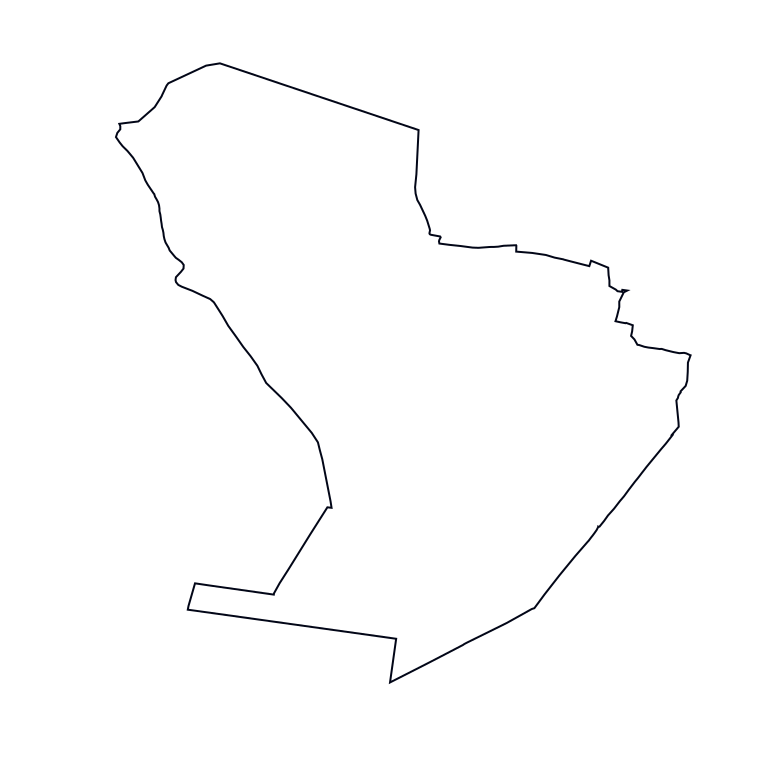 the district of San Pedro Comitancillo, Oaxaca, Mexico, rotated 98°
{"feature_id": "50627088B8871581884513", "entity_name": "San Pedro Comitancillo", "entity_type": "district", "adm_level": 2, "iso_a3": "MEX", "parent_name": "Mexico", "parent_adm1": "Oaxaca", "projection": "equal_earth", "projection_center": [-95.171, 16.462], "detail": "fine", "context": "isolated", "style": "outline", "palette": "ink", "viewbox_px": 768, "rotation_deg": 98, "n_neighbors": 0, "source": "geoboundaries", "source_scale": "gbopen_adm2", "svg_char_len": 2853}
<svg xmlns="http://www.w3.org/2000/svg" viewBox="0 0 768 768"><g transform="rotate(98 384 384)"><path d="M158.2,663.8L161.8,677.3L163.2,682.3L165.4,681.0L168.5,680.6L172.4,683.0L176.8,683.8L181.7,679.3L185.0,675.8L189.0,670.4L194.9,663.9L208.7,652.5L215.6,648.7L219.6,645.6L227.6,638.4L227.8,638.0L230.4,636.8L232.8,634.9L235.3,633.1L238.2,631.7L241.4,630.8L244.1,630.4L247.3,629.1L250.5,628.2L253.2,627.5L256.4,626.5L259.5,625.7L262.1,624.5L264.9,623.5L268.1,622.7L271.1,621.6L274.3,620.0L279.1,616.2L281.6,614.8L285.6,610.4L286.7,609.2L288.0,607.7L289.6,604.6L291.6,601.2L294.0,598.9L297.6,598.6L301.2,600.7L303.9,602.6L307.2,604.9L310.1,604.9L312.1,604.1L314.5,601.5L315.8,597.8L318.4,586.7L321.8,575.8L324.1,567.9L326.8,563.8L333.1,558.4L339.1,553.3L348.1,546.3L358.0,536.8L366.9,528.5L375.0,520.0L383.6,511.9L391.5,506.6L399.4,500.8L412.1,483.4L420.5,472.8L425.6,467.2L431.0,461.3L437.3,454.4L442.5,448.7L451.0,441.3L458.5,438.3L467.2,434.6L507.6,420.6L513.9,418.7L514.0,422.9L543.3,436.2L580.4,452.6L595.7,459.6L606.6,463.8L607.9,463.8L607.8,528.8L607.7,543.4L631.0,546.7L634.8,546.9L634.7,477.6L634.6,336.5L678.7,336.5L653.4,300.3L631.3,269.3L630.4,268.4L628.6,265.9L603.5,229.1L586.3,206.4L585.3,204.4L585.1,203.9L569.8,195.6L549.0,183.6L527.5,170.5L512.6,160.8L511.1,159.8L510.9,159.6L508.7,158.4L506.9,157.4L504.9,156.2L504.5,156.0L502.5,154.9L499.0,153.1L496.4,152.2L495.8,151.9L495.4,152.0L495.5,151.2L495.2,150.7L494.5,150.3L489.0,147.0L483.0,143.9L475.4,138.8L467.3,134.2L461.8,130.7L454.7,126.9L445.8,121.9L441.7,119.4L438.9,117.8L436.2,116.3L433.8,114.9L429.4,112.4L409.6,100.3L404.0,96.7L397.1,92.7L394.3,91.1L394.2,91.4L394.2,91.8L385.3,86.2L381.1,87.0L359.6,92.2L356.9,91.0L355.3,90.9L353.9,90.6L350.9,89.0L350.0,89.3L343.9,85.0L338.5,84.2L329.7,84.9L320.5,86.0L312.9,84.4L312.8,85.0L311.6,88.9L311.4,91.2L312.4,95.9L312.1,101.9L311.3,109.8L310.6,113.9L310.8,115.0L311.0,115.7L311.0,122.1L311.1,127.3L310.9,131.4L309.9,136.7L309.9,138.5L305.0,142.2L302.0,146.0L297.3,145.6L291.2,145.8L289.8,152.7L290.2,153.3L290.0,158.3L289.6,163.5L284.7,162.7L275.1,161.7L269.6,162.5L259.8,159.3L257.6,156.1L257.6,161.1L259.0,161.2L259.6,161.2L259.6,165.7L258.3,167.5L255.6,174.4L250.0,175.2L245.7,176.5L245.1,176.7L237.6,178.2L233.1,196.1L238.7,197.1L237.8,205.4L236.6,216.1L235.8,223.0L235.6,223.8L235.1,232.6L233.8,241.0L233.7,241.7L233.6,255.6L234.5,271.5L228.6,272.2L228.2,272.5L230.5,284.9L232.1,290.0L232.9,293.9L233.6,298.4L236.0,309.4L236.6,315.3L236.7,327.6L237.1,338.6L237.2,348.7L235.1,349.4L233.8,349.3L230.9,348.3L230.1,348.9L229.7,358.3L229.3,359.5L228.4,360.0L225.4,359.8L223.8,360.4L216.2,364.0L211.7,366.6L201.6,373.2L197.2,376.6L191.0,379.2L184.8,380.6L171.9,381.1L127.7,385.1L89.3,591.1L93.5,604.5L116.2,639.4L118.7,640.8L129.3,644.1L129.9,644.2L141.7,649.6L158.2,663.8Z" fill="none" stroke="#020617" stroke-width="2"/></g></svg>